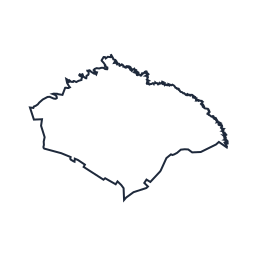 La Libertad, Chiapas, Mexico, rotated 303°
{"feature_id": "50627088B29300823202402", "entity_name": "La Libertad", "entity_type": "district", "adm_level": 2, "iso_a3": "MEX", "parent_name": "Mexico", "parent_adm1": "Chiapas", "projection": "equal_earth", "projection_center": [-91.682, 17.601], "detail": "fine", "context": "isolated", "style": "outline", "palette": "slate", "viewbox_px": 256, "rotation_deg": 303, "n_neighbors": 0, "source": "geoboundaries", "source_scale": "gbopen_adm2", "svg_char_len": 5969}
<svg xmlns="http://www.w3.org/2000/svg" viewBox="0 0 256 256"><g transform="rotate(303 128 128)"><path d="M165.5,221.4L166.3,221.1L166.6,220.3L167.3,219.7L167.8,218.2L168.4,218.1L168.2,217.3L168.4,216.9L168.8,217.1L168.6,217.5L169.2,218.7L169.0,219.6L169.3,220.0L169.7,219.8L169.5,218.2L170.2,218.7L170.8,218.3L171.2,218.5L171.5,217.3L171.4,217.1L170.7,217.0L170.9,216.0L170.6,215.3L171.3,215.7L171.6,216.6L171.9,216.5L171.9,216.0L171.4,214.9L172.3,214.1L172.7,215.2L173.1,215.2L173.6,212.4L174.1,213.8L174.5,214.0L174.8,213.8L175.0,212.8L175.4,213.6L175.3,213.9L175.8,214.1L176.2,212.9L175.9,212.4L176.3,212.0L175.7,211.7L175.8,211.2L176.0,210.6L176.5,210.9L177.0,209.8L176.7,208.7L177.6,209.3L178.5,209.2L178.4,208.3L177.7,208.2L178.3,207.5L179.0,207.9L178.6,207.1L178.8,205.9L179.1,205.9L179.5,206.5L180.4,205.3L180.9,205.8L181.4,205.3L181.5,204.1L181.0,203.5L180.6,203.9L180.4,203.5L181.1,202.8L180.6,202.8L180.1,202.3L180.6,201.7L181.6,201.5L182.1,202.8L182.5,203.0L182.4,201.1L182.2,200.8L181.6,200.9L181.8,199.9L181.3,199.4L182.6,199.4L182.8,198.9L182.2,198.8L182.3,197.9L182.8,197.3L183.4,197.4L183.6,196.5L183.8,196.9L184.1,196.5L184.1,196.2L183.4,196.2L183.5,195.5L182.8,195.8L182.6,195.6L183.1,194.5L183.6,194.6L183.7,194.2L183.2,193.7L183.5,193.3L184.0,193.9L184.4,193.2L184.3,192.7L183.1,192.1L183.0,191.6L183.2,190.1L183.0,188.5L183.2,188.2L183.6,188.1L183.1,187.0L183.4,186.8L183.9,187.2L185.3,187.0L185.6,187.4L185.8,187.1L186.2,187.2L186.5,186.2L186.9,186.2L186.9,185.5L187.5,185.1L187.6,184.6L186.4,181.9L186.3,181.1L187.1,180.3L186.5,179.5L186.6,179.0L187.0,178.8L187.7,179.6L188.3,178.6L187.6,177.2L187.9,176.1L188.4,176.1L189.2,176.9L190.0,176.4L190.3,175.8L190.7,176.1L190.9,175.0L190.4,174.3L190.1,173.2L189.5,172.7L189.9,172.4L189.7,171.5L189.2,170.9L188.6,171.0L188.4,170.7L189.2,170.2L188.5,170.3L188.3,170.1L189.3,169.9L190.2,169.3L190.0,169.0L189.3,169.0L189.8,168.1L189.5,167.4L189.6,167.0L190.4,167.8L190.6,167.5L190.1,165.9L189.6,166.0L189.5,166.8L189.0,166.1L189.6,165.2L190.6,165.3L190.7,163.7L190.1,162.7L189.1,162.6L189.0,162.1L189.3,161.5L189.2,161.0L188.7,160.6L188.9,159.3L188.7,159.2L188.4,160.2L188.1,160.3L187.6,159.5L187.9,158.9L187.3,158.4L187.8,156.2L187.2,155.5L187.5,154.1L187.0,152.4L187.3,151.3L187.7,150.9L187.6,149.8L188.5,149.2L188.3,148.4L187.6,147.9L188.0,146.8L187.6,145.9L188.3,144.6L188.6,143.4L188.5,141.6L187.5,141.1L187.1,139.1L186.8,139.7L186.2,139.7L186.2,139.1L186.7,138.3L186.6,137.9L185.7,137.1L185.4,137.8L185.1,137.3L185.2,136.6L184.7,136.2L184.5,135.5L184.1,135.4L184.6,134.8L185.6,134.5L185.3,133.9L184.5,134.4L184.2,134.3L184.1,133.9L184.4,133.0L185.6,133.2L185.8,132.9L185.4,132.2L185.4,131.5L184.6,131.7L184.6,132.6L183.8,132.6L184.0,131.5L182.9,130.9L183.0,129.9L182.1,130.0L181.8,129.2L181.1,129.6L180.9,129.4L181.5,128.2L181.0,127.1L181.1,126.1L180.6,126.4L180.1,126.2L179.5,125.4L178.9,125.6L179.2,124.5L179.0,124.3L177.7,123.7L177.1,122.9L176.1,122.3L176.1,120.9L176.9,120.8L176.9,120.4L176.7,120.5L176.1,119.7L175.5,120.0L175.4,119.8L175.7,119.4L177.0,119.1L177.6,118.7L179.0,119.7L178.9,117.5L179.6,117.6L180.2,117.2L181.4,117.1L181.6,116.9L181.4,116.4L182.2,116.1L181.4,114.4L182.2,114.8L182.7,114.7L182.5,115.2L182.7,115.8L183.1,115.7L183.7,114.9L183.9,115.5L184.3,115.7L184.5,114.7L184.0,113.5L185.0,113.4L185.5,112.8L185.3,112.2L184.2,111.5L182.6,111.5L181.6,110.0L181.3,110.1L181.4,110.7L180.9,110.8L180.4,110.1L179.6,110.2L179.4,109.9L179.1,110.4L178.9,110.3L178.8,109.8L179.1,109.5L179.0,108.6L178.4,107.7L177.6,107.4L177.3,106.7L177.6,106.3L179.1,107.4L180.0,106.7L179.4,105.8L180.3,105.4L180.3,104.9L178.7,105.8L178.4,105.6L178.6,104.9L178.3,103.8L179.4,104.7L180.2,104.2L180.3,103.6L179.5,103.2L179.3,102.8L180.9,102.9L180.6,101.7L181.1,101.0L179.4,100.3L179.3,100.0L179.6,98.8L179.4,98.6L178.3,100.2L177.9,100.1L178.2,98.8L178.1,98.2L178.3,97.9L179.0,98.0L179.1,97.7L179.0,95.9L179.7,96.5L179.5,97.3L179.8,97.8L180.3,97.1L180.4,96.2L180.2,95.1L179.1,93.1L178.8,93.0L178.0,93.6L177.4,93.4L177.2,92.3L177.5,91.5L176.9,90.7L177.9,89.8L178.0,88.2L177.1,88.1L175.6,87.1L175.7,86.7L176.7,86.5L177.0,85.5L176.5,84.5L176.5,83.8L175.7,84.3L175.4,84.2L176.0,82.7L176.5,83.3L177.0,83.1L177.1,81.8L175.7,81.7L175.0,80.9L176.5,80.8L177.8,81.5L178.2,80.3L177.6,78.3L178.5,77.3L180.1,74.2L179.8,74.0L179.0,74.9L178.1,75.1L176.7,72.3L174.2,71.4L174.9,70.0L174.2,68.9L170.4,69.0L170.1,69.3L169.4,72.1L168.3,74.8L167.8,74.6L167.1,75.4L167.5,77.7L166.4,78.5L165.9,78.5L165.0,76.7L165.1,74.6L163.9,72.8L162.2,71.4L161.1,69.1L159.4,67.9L157.9,67.6L157.7,67.8L157.9,68.8L157.7,69.2L156.9,69.1L156.5,69.5L157.4,70.6L157.8,71.7L155.6,72.2L156.0,70.7L156.0,70.4L155.2,70.2L155.1,69.7L155.1,66.3L155.5,64.5L155.3,64.0L154.6,63.7L153.9,62.7L153.7,62.9L153.7,64.4L151.7,65.6L150.9,65.7L149.3,64.8L147.0,65.9L146.8,65.6L146.7,64.6L146.9,62.3L148.3,60.7L148.3,60.4L148.0,60.3L146.7,61.1L146.3,60.9L146.2,60.4L146.9,59.0L146.8,58.3L145.8,58.3L145.5,59.0L145.9,62.0L144.2,62.1L142.9,62.8L140.6,60.8L138.4,59.6L138.0,57.1L137.7,56.7L136.7,56.8L135.8,55.2L136.0,53.4L135.0,53.8L134.1,53.1L134.2,52.7L134.8,52.8L135.6,52.3L135.5,49.5L132.6,52.4L130.8,56.0L130.5,57.1L129.1,56.3L128.5,55.3L128.0,54.0L127.5,53.4L120.1,55.0L118.4,51.2L118.2,50.1L116.3,46.9L115.5,46.2L116.0,48.5L115.8,50.7L114.4,52.0L113.4,51.6L112.9,51.1L112.2,49.6L111.5,45.3L110.2,43.6L105.5,41.0L100.9,39.7L98.7,39.5L96.3,38.5L94.8,37.4L93.3,37.7L91.8,34.6L83.8,44.5L88.5,51.1L82.5,53.9L74.9,63.1L70.7,64.7L68.0,66.7L66.0,67.4L65.4,68.0L65.1,69.0L70.5,85.7L72.4,95.7L70.7,96.4L70.3,97.3L70.4,100.4L70.6,101.5L73.3,100.1L73.9,103.4L73.8,111.8L71.2,112.0L71.3,135.6L73.4,136.2L74.1,148.3L77.5,148.3L76.5,153.4L75.1,157.1L65.5,163.9L68.6,164.3L77.2,167.6L87.7,176.1L89.8,176.6L90.8,171.6L94.8,171.6L94.9,176.1L109.0,178.6L110.2,178.6L123.7,176.6L129.3,178.4L129.5,179.9L131.0,181.1L133.9,182.7L138.6,184.1L141.1,187.2L142.8,190.2L142.5,195.1L147.5,202.1L162.1,210.8L165.8,211.8L165.5,221.4Z" fill="none" stroke="#1e293b" stroke-width="2"/></g></svg>